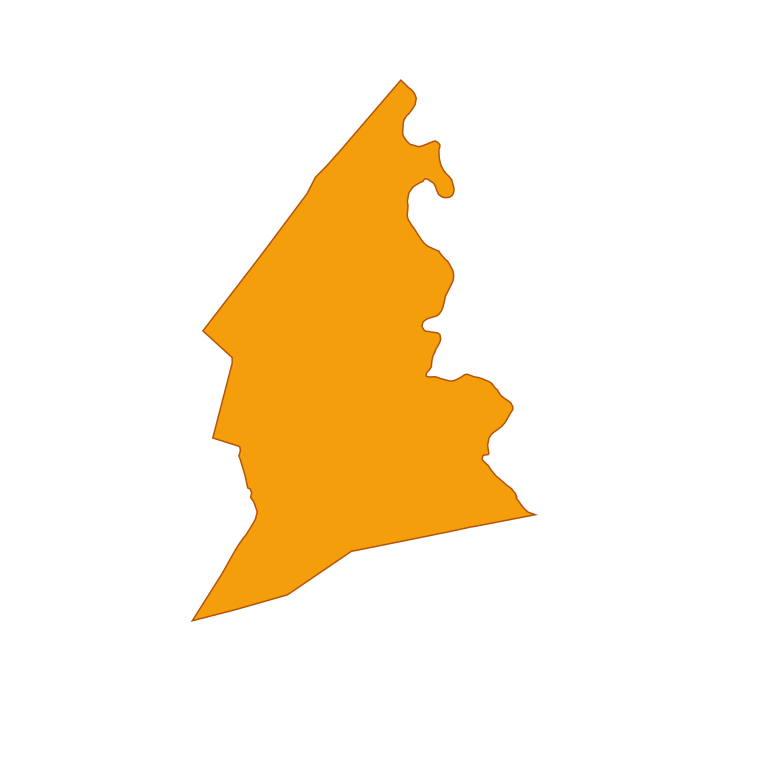 Maghama, Gorgol, Mauritania, rotated 201°
{"feature_id": "47542326B54868139713795", "entity_name": "Maghama", "entity_type": "district", "adm_level": 2, "iso_a3": "MRT", "parent_name": "Mauritania", "parent_adm1": "Gorgol", "projection": "robinson", "projection_center": [-12.922, 15.535], "detail": "fine", "context": "isolated", "style": "filled", "palette": "amber", "viewbox_px": 768, "rotation_deg": 201, "n_neighbors": 0, "source": "geoboundaries", "source_scale": "gbopen_adm2", "svg_char_len": 2882}
<svg xmlns="http://www.w3.org/2000/svg" viewBox="0 0 768 768"><g transform="rotate(201 384 384)"><path d="M195.9,316.2L203.4,316.0L205.7,316.8L208.4,317.9L213.2,320.7L215.9,322.6L220.1,325.3L219.6,326.3L222.1,328.8L225.4,330.7L227.3,331.9L228.2,332.2L232.8,333.4L239.2,335.8L246.8,338.4L254.3,342.8L257.6,345.3L262.1,346.9L265.3,348.8L265.7,350.0L265.9,352.9L263.0,354.7L261.5,355.4L261.3,356.9L262.7,359.3L265.3,363.8L265.9,366.9L266.6,371.2L265.8,375.0L264.4,378.0L262.5,380.8L259.1,386.3L257.1,391.6L255.9,399.3L255.5,402.0L255.0,404.5L254.6,406.3L255.6,408.9L259.1,412.0L262.1,412.8L266.4,413.7L271.1,415.3L275.4,418.6L276.1,419.2L278.6,420.0L282.0,422.2L284.0,423.3L286.8,423.9L290.4,423.9L295.0,424.1L299.0,423.7L302.4,423.0L305.3,423.0L310.1,422.9L312.2,421.4L314.7,417.7L316.8,415.3L319.6,412.4L322.2,410.8L325.5,410.1L329.4,409.8L333.4,409.3L336.5,409.4L339.1,409.0L342.3,407.5L345.3,406.5L347.3,406.5L348.2,407.9L348.0,410.1L346.7,413.4L346.0,417.1L346.8,419.7L347.6,422.8L348.4,427.6L348.0,431.1L348.0,435.6L347.4,438.5L346.9,442.4L347.1,446.1L349.5,450.1L351.9,450.9L355.3,450.3L358.2,449.5L361.3,449.0L364.2,448.2L366.6,449.0L369.3,451.6L369.8,455.3L368.9,457.6L366.7,460.6L364.0,462.8L359.1,466.6L357.6,469.1L356.6,472.9L356.6,476.9L357.0,480.9L357.8,486.2L358.2,487.6L357.5,494.0L357.0,499.5L356.6,505.3L357.3,508.8L358.6,511.7L360.5,514.7L365.5,519.0L368.4,521.3L372.0,522.6L376.2,524.8L379.1,526.6L380.2,527.7L382.4,527.7L386.4,527.9L392.8,528.3L397.4,530.0L401.1,532.3L404.5,534.7L410.7,539.3L415.3,542.3L419.6,545.6L421.2,547.3L422.7,549.5L423.9,553.9L425.5,559.0L427.7,563.0L428.6,567.7L429.3,571.4L427.6,578.2L424.7,582.3L422.4,585.1L420.6,586.6L420.0,588.1L419.7,589.8L417.8,590.8L415.5,590.6L413.7,590.1L411.8,589.8L409.5,589.2L406.4,586.4L403.9,583.5L401.1,580.6L397.2,579.4L394.7,579.6L391.9,580.6L389.5,582.1L388.1,584.1L387.6,586.3L387.8,588.7L388.6,591.5L394.0,598.9L397.6,601.1L401.1,602.5L404.9,604.8L409.3,608.7L412.1,612.7L414.1,616.2L415.7,620.0L416.8,622.5L416.8,625.2L417.6,627.4L420.3,628.8L423.2,629.3L425.4,627.7L427.4,625.8L429.3,623.9L432.9,620.7L435.2,618.8L437.2,617.9L442.9,617.4L445.4,617.1L448.3,618.2L452.0,620.3L454.0,621.9L455.2,622.9L456.7,625.4L458.5,631.2L459.5,634.1L460.0,637.9L458.9,642.9L457.6,645.3L455.8,651.7L455.1,655.9L456.2,662.1L458.2,664.7L460.7,666.8L463.9,668.5L467.0,669.4L474.4,672.6L477.2,673.7L508.8,585.2L515.9,566.5L522.1,552.4L524.0,534.3L542.2,469.7L545.2,459.2L572.1,368.7L535.3,354.3L533.2,349.1L524.5,272.2L497.1,273.9L496.2,273.8L494.2,270.5L493.7,264.9L491.2,262.1L481.3,249.3L473.9,238.1L471.4,238.1L468.4,234.8L468.0,230.4L463.0,227.0L456.5,219.2L455.6,211.9L456.1,208.1L458.6,194.2L460.1,189.9L462.1,182.1L464.1,170.5L467.2,148.9L478.1,94.3L441.4,120.4L398.5,152.7L354.6,216.0L307.8,245.6L262.5,274.5L251.0,282.1L249.5,282.8L195.9,316.2Z" fill="#f59e0b" stroke="#b45309" stroke-width="1.5"/></g></svg>